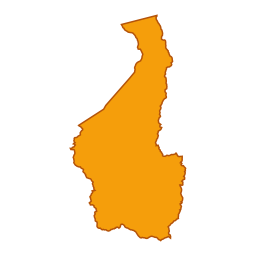 outline of Janaúba, Minas Gerais, Brazil
{"feature_id": "56859067B43272372605318", "entity_name": "Janaúba", "entity_type": "district", "adm_level": 2, "iso_a3": "BRA", "parent_name": "Brazil", "parent_adm1": "Minas Gerais", "projection": "orthographic", "projection_center": [-43.375, -15.729], "detail": "fine", "context": "isolated", "style": "filled", "palette": "amber", "viewbox_px": 256, "rotation_deg": 0, "n_neighbors": 0, "source": "geoboundaries", "source_scale": "gbopen_adm2", "svg_char_len": 5871}
<svg xmlns="http://www.w3.org/2000/svg" viewBox="0 0 256 256"><path d="M99.1,228.3L100.3,228.2L101.2,229.1L102.2,229.8L103.3,229.4L104.3,229.9L105.2,229.8L106.2,229.9L107.2,230.7L108.6,231.0L110.0,230.5L110.9,229.5L111.8,229.5L112.5,229.1L113.3,228.8L114.3,228.8L114.8,228.2L115.6,228.2L115.9,227.5L117.3,227.1L118.2,227.5L118.9,228.1L119.9,227.4L120.4,226.3L120.6,225.2L121.2,224.3L122.4,224.2L123.5,224.8L124.5,225.7L124.7,226.6L125.5,227.3L126.7,227.9L127.7,228.0L128.3,228.5L130.6,229.8L131.6,229.8L132.6,230.2L133.9,230.5L134.5,231.1L135.4,231.5L136.0,232.2L137.3,234.3L138.3,235.8L140.2,237.6L141.2,237.9L142.1,237.4L143.1,237.7L144.7,237.8L145.9,238.3L147.0,238.4L148.0,238.0L148.8,237.4L150.1,236.7L151.1,236.3L152.1,236.3L153.8,236.8L155.0,237.3L156.5,237.4L157.6,238.2L158.5,239.5L159.7,239.9L160.7,240.6L161.6,239.5L162.8,239.2L163.7,238.7L164.6,238.0L166.7,237.4L168.4,236.4L169.0,237.0L170.5,238.1L170.6,236.5L170.3,235.4L169.9,234.7L169.0,234.4L168.6,233.5L168.6,232.5L169.2,231.5L169.2,230.4L168.9,229.4L168.8,228.1L168.1,226.8L168.9,226.0L169.9,225.3L170.9,223.8L172.1,223.1L173.2,222.0L174.0,220.9L175.3,220.6L176.0,220.0L176.5,219.2L177.7,218.8L178.4,218.4L178.2,217.3L178.5,215.9L178.4,214.5L179.2,213.1L180.2,210.8L179.8,209.9L180.6,209.7L180.9,208.9L180.9,207.7L181.4,206.7L181.1,205.7L180.3,204.8L180.2,203.7L181.4,203.5L182.0,202.7L181.1,201.9L181.9,201.5L182.4,200.5L182.6,199.5L182.7,198.6L182.7,197.7L181.5,195.7L181.1,194.5L180.7,193.2L181.2,192.0L181.5,190.8L181.6,189.5L181.4,188.6L180.6,186.8L180.1,185.9L179.8,185.0L180.8,184.9L181.9,185.3L182.7,185.0L182.9,184.1L182.7,183.3L182.9,182.1L181.8,181.3L182.3,180.6L182.9,180.1L183.5,179.5L184.5,179.3L184.7,178.0L184.4,176.9L183.7,176.5L184.7,174.9L185.0,173.9L185.2,172.7L184.6,171.5L185.4,170.9L185.2,169.6L185.6,168.3L185.0,167.6L184.2,166.8L183.4,165.7L181.9,165.7L181.0,164.7L181.9,163.6L181.4,162.8L180.4,162.7L180.8,162.0L181.9,161.1L182.2,160.0L182.1,159.0L182.2,157.7L182.2,156.3L181.3,156.4L180.3,156.4L179.2,156.6L178.1,156.3L177.0,154.7L176.6,153.8L176.0,153.1L175.1,154.1L174.2,154.3L172.9,154.6L171.6,154.5L170.7,154.9L169.9,155.4L168.8,155.7L167.8,155.4L166.8,155.3L166.1,155.8L165.2,156.3L163.3,156.2L162.6,155.7L162.7,154.4L161.8,153.2L161.4,152.1L160.4,151.5L160.2,150.1L159.4,149.4L158.9,148.6L159.1,147.4L158.4,146.5L158.2,145.3L157.1,145.3L156.2,145.6L156.3,144.7L155.5,142.8L155.8,141.7L156.4,140.7L156.6,139.4L157.6,138.1L157.9,136.8L158.3,135.6L158.0,134.8L157.4,133.9L158.1,132.8L158.1,131.9L158.4,131.1L159.9,130.2L160.8,129.5L161.7,127.5L160.0,127.0L159.8,126.1L160.1,125.1L160.8,124.5L160.2,124.0L159.5,123.6L158.9,123.0L158.5,122.1L158.5,121.2L158.3,120.4L158.8,119.0L159.1,117.9L159.8,117.3L160.5,116.3L160.1,115.2L159.5,114.4L159.7,113.5L160.1,112.8L159.8,111.9L159.6,110.9L159.9,110.2L160.5,109.4L160.9,108.1L160.9,107.1L160.3,106.6L160.4,105.7L161.1,105.1L162.0,103.5L162.1,102.5L162.7,101.4L163.2,100.3L164.5,98.7L165.4,98.3L166.3,97.6L166.3,96.4L165.9,95.6L166.0,94.4L166.2,93.3L165.5,92.3L165.0,91.8L165.0,90.7L165.2,89.6L166.7,88.7L166.9,86.3L166.6,85.1L166.7,84.2L166.1,83.6L166.1,82.4L166.3,81.2L166.0,78.2L165.6,77.3L164.8,77.0L164.5,76.2L164.8,75.1L165.6,74.0L165.2,73.0L165.4,71.9L165.8,70.9L166.0,69.9L166.5,68.8L166.5,67.7L167.5,67.1L169.7,66.8L170.3,66.1L171.3,65.6L171.7,64.6L171.1,62.8L171.9,62.3L172.6,61.3L172.3,60.1L172.1,58.0L171.6,57.1L170.9,56.5L169.9,55.9L169.4,54.7L169.0,53.7L168.8,52.7L168.2,52.0L168.2,50.9L167.6,50.3L167.0,49.5L166.3,48.8L165.8,47.8L165.7,46.7L165.9,45.8L165.7,44.8L165.6,43.8L165.7,42.9L165.6,41.8L165.4,40.7L164.7,40.0L163.6,40.2L161.6,39.4L161.5,38.5L161.5,37.3L161.7,36.3L162.4,35.5L162.5,34.4L162.6,33.4L162.4,32.3L161.8,30.0L161.0,29.2L160.6,26.8L160.2,25.8L159.6,25.0L159.2,24.1L158.3,23.1L157.7,22.0L157.2,20.8L156.4,19.7L156.1,18.4L156.1,17.1L156.8,16.4L156.9,15.4L121.4,24.5L122.5,26.4L122.7,27.2L123.3,28.0L124.1,28.4L124.3,29.3L125.0,30.1L126.2,30.8L127.4,31.5L128.1,32.1L129.1,32.3L130.8,32.6L131.9,32.7L133.0,33.2L135.2,35.6L135.6,36.7L136.0,37.6L136.9,38.4L137.3,39.3L137.4,40.1L138.0,41.3L138.2,42.7L138.4,43.5L138.3,45.1L137.8,46.2L137.5,47.3L137.9,48.1L138.2,49.1L139.4,49.2L140.4,49.2L140.8,50.0L141.3,51.0L142.8,54.2L142.5,55.3L142.1,56.4L142.0,57.4L141.8,58.4L141.5,59.1L141.0,59.9L140.6,60.8L138.1,62.0L137.1,62.7L136.3,63.6L135.7,64.7L135.3,66.1L134.8,67.0L134.6,68.0L135.0,68.8L135.0,69.9L134.7,71.2L134.7,72.1L129.8,78.0L105.8,105.4L103.7,109.2L102.0,110.3L78.6,125.4L79.2,126.0L80.1,126.4L80.9,126.9L81.4,127.7L82.2,128.4L82.7,129.0L82.6,129.9L81.6,130.7L80.9,131.7L80.2,132.8L80.3,133.9L80.4,134.9L78.2,136.1L77.4,136.9L76.7,137.4L75.8,137.6L74.9,137.6L74.2,138.3L74.3,139.5L73.9,140.6L74.3,141.8L75.1,142.7L74.1,143.2L73.4,143.9L74.4,144.2L75.3,145.0L74.6,145.9L74.1,146.8L72.4,147.4L71.7,148.5L70.4,148.4L70.9,149.5L71.8,149.5L72.7,149.7L73.6,149.5L74.4,150.1L74.6,151.4L74.9,152.7L74.8,153.8L74.1,155.0L73.2,157.5L73.7,158.5L73.9,159.9L74.1,160.7L74.1,161.7L73.8,162.7L75.0,164.6L75.6,165.3L76.3,165.6L77.1,166.3L78.1,166.6L79.2,167.0L80.4,166.9L80.8,167.7L81.4,168.3L82.7,168.8L83.5,169.6L83.0,171.5L83.5,172.3L84.5,173.0L85.0,174.0L85.6,174.5L85.6,175.4L86.1,176.3L86.7,177.6L89.3,178.6L90.5,178.8L91.2,179.6L91.5,180.5L92.3,181.4L93.1,182.1L92.4,183.8L92.7,184.5L93.1,185.3L93.2,186.4L93.9,187.6L93.9,188.7L94.1,189.7L95.0,190.4L94.3,190.7L93.1,190.6L92.1,190.9L92.8,191.9L92.2,193.1L91.4,193.9L91.2,194.8L90.8,195.6L90.3,196.2L89.9,196.9L90.4,197.5L90.5,198.4L91.1,200.6L91.1,201.5L90.2,202.1L89.3,202.9L90.0,203.8L90.4,204.9L91.4,204.9L92.2,204.7L93.2,205.2L94.0,205.8L94.0,206.8L94.6,207.5L95.3,207.9L96.1,208.5L96.1,209.5L96.5,210.4L96.6,211.4L95.2,211.7L94.7,212.9L95.2,213.8L94.8,214.7L94.2,215.5L94.4,216.8L94.7,217.9L95.2,218.6L95.2,219.8L95.3,220.9L96.0,221.4L96.8,221.8L97.2,222.9L97.0,226.3L97.6,227.5L99.1,228.3Z" fill="#f59e0b" stroke="#b45309" stroke-width="1.5"/></svg>